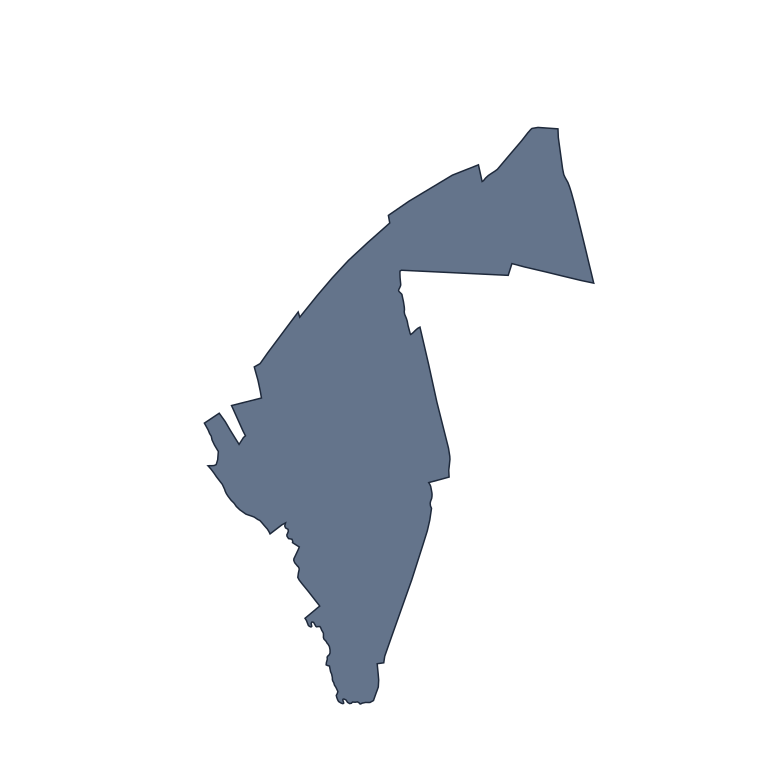 Ion Neculce, Iasi, Romania, rotated 26°
{"feature_id": "2599482B50193316932914", "entity_name": "Ion Neculce", "entity_type": "district", "adm_level": 2, "iso_a3": "ROU", "parent_name": "Romania", "parent_adm1": "Iasi", "projection": "mercator", "projection_center": [26.972, 47.231], "detail": "fine", "context": "isolated", "style": "filled", "palette": "slate", "viewbox_px": 768, "rotation_deg": 26, "n_neighbors": 0, "source": "geoboundaries", "source_scale": "gbopen_adm2", "svg_char_len": 3702}
<svg xmlns="http://www.w3.org/2000/svg" viewBox="0 0 768 768"><g transform="rotate(26 384 384)"><path d="M528.3,201.4L528.0,201.1L522.1,193.9L516.2,186.8L508.4,177.3L492.1,157.6L479.4,142.4L475.2,137.4L468.4,129.7L464.3,125.4L461.0,122.3L456.1,118.9L453.8,117.0L450.2,112.3L432.6,86.0L428.5,78.4L409.9,85.9L405.0,89.4L404.7,90.0L404.3,91.0L403.5,94.0L403.2,94.9L401.1,104.9L397.0,120.8L395.6,126.3L391.8,141.4L390.2,144.4L388.6,147.0L386.4,150.8L385.0,154.4L384.3,157.6L383.4,159.0L372.8,145.6L353.9,166.3L335.5,194.6L326.4,208.6L314.0,230.5L318.6,236.8L307.4,263.9L300.0,283.0L297.9,288.4L291.0,311.2L285.1,334.1L279.0,360.9L275.3,356.9L265.8,407.0L263.7,420.0L259.9,425.5L262.5,428.5L269.0,435.8L270.5,437.7L276.1,444.9L280.0,450.3L256.4,470.2L256.9,470.6L277.8,488.0L282.2,491.3L281.1,493.8L281.1,494.3L280.2,501.8L274.1,498.0L265.4,492.5L257.8,487.4L248.7,482.5L239.7,497.9L242.4,499.8L246.1,502.4L249.0,505.0L251.6,506.6L254.0,509.7L258.4,513.2L264.7,517.3L265.9,520.4L267.7,524.9L268.5,530.0L267.1,531.7L264.9,533.0L262.8,534.0L261.7,534.7L262.3,534.9L266.1,536.5L270.4,538.7L273.8,540.7L282.7,545.1L287.0,548.6L288.2,549.9L290.3,551.6L293.1,553.3L297.7,555.6L300.8,556.6L302.0,557.1L304.9,558.8L309.6,560.3L316.9,561.5L319.5,561.2L323.4,560.7L325.8,560.5L329.8,561.1L332.3,561.1L334.8,562.1L338.4,563.7L342.0,565.2L342.4,565.3L345.3,567.1L347.3,568.7L354.0,555.3L356.4,552.0L357.0,555.1L358.6,556.5L361.5,556.7L362.6,558.5L362.8,560.7L362.8,562.2L363.6,563.4L366.0,564.8L367.7,564.3L369.4,563.9L371.1,565.6L371.3,566.7L378.3,567.5L379.3,567.6L379.5,570.4L379.6,577.1L379.6,580.4L380.1,581.9L381.3,583.1L382.5,584.0L384.4,584.8L386.3,585.7L386.7,585.6L388.5,586.9L389.1,588.0L389.9,591.4L391.3,595.6L393.9,597.5L398.0,599.5L407.1,603.7L417.7,608.9L423.3,611.6L423.6,611.8L422.3,614.5L415.7,629.2L418.0,630.6L419.6,632.1L420.8,633.2L421.9,634.2L423.2,634.5L424.9,634.4L425.3,633.5L424.7,632.6L423.6,631.4L423.4,629.8L423.8,629.4L425.2,629.1L427.7,630.8L429.0,631.7L429.7,631.8L429.9,631.8L431.0,631.0L432.7,630.1L433.9,630.8L435.9,632.6L437.8,633.8L438.8,634.6L439.8,636.5L440.6,638.3L441.7,639.5L444.8,640.7L446.8,642.1L447.6,642.3L450.0,643.9L452.1,646.7L453.4,649.4L453.5,651.2L452.8,653.0L452.6,654.4L453.7,656.2L454.3,659.5L455.1,661.8L456.6,661.8L458.6,661.4L459.9,663.1L462.1,666.0L464.1,667.7L466.2,670.4L467.3,672.5L468.4,673.6L469.7,674.4L471.5,676.4L473.7,677.7L476.1,679.6L477.4,680.7L477.7,682.8L477.6,684.8L478.9,686.4L480.8,688.2L482.4,689.3L485.4,689.6L487.0,689.4L487.7,688.8L487.4,688.0L486.6,687.2L485.4,686.0L485.4,685.2L486.1,684.7L488.2,684.6L489.3,685.2L490.8,686.1L493.2,686.3L494.6,685.3L495.1,683.7L497.7,682.6L499.5,681.3L501.7,681.6L502.8,682.1L503.4,681.7L504.3,680.4L505.5,679.5L507.0,678.3L509.4,677.2L511.0,676.4L512.7,674.0L513.3,673.1L512.4,665.3L512.1,662.1L511.7,658.8L509.0,652.4L505.9,647.2L500.5,638.4L506.0,634.7L504.0,628.4L501.5,607.0L494.8,547.9L489.5,511.5L487.3,497.0L484.8,486.2L481.2,474.9L479.2,473.2L477.8,471.0L477.3,469.1L477.0,465.9L476.4,464.0L475.7,462.4L474.9,461.0L472.4,457.6L470.8,455.5L469.4,454.3L467.4,453.0L476.4,445.2L483.3,439.1L482.2,437.1L480.0,433.1L478.7,429.4L476.3,422.8L474.8,420.1L470.1,413.4L439.4,377.0L415.5,346.8L392.2,318.1L391.4,317.1L389.9,319.2L388.7,322.0L387.5,325.5L386.3,327.8L385.6,327.4L379.9,320.8L377.3,317.3L375.2,315.1L372.0,312.3L370.5,310.2L369.8,308.2L368.6,306.1L365.5,301.6L362.5,297.8L360.8,295.6L359.5,295.1L357.0,294.3L356.2,293.7L355.9,292.7L355.9,290.0L355.8,288.3L355.4,287.2L351.9,281.5L349.5,277.0L349.0,275.8L348.9,275.4L349.8,274.1L448.0,231.9L447.1,225.8L446.2,219.7L459.0,217.2L480.5,212.3L498.0,208.5L515.6,204.6L528.3,201.4Z" fill="#64748b" stroke="#1e293b" stroke-width="1.5"/></g></svg>